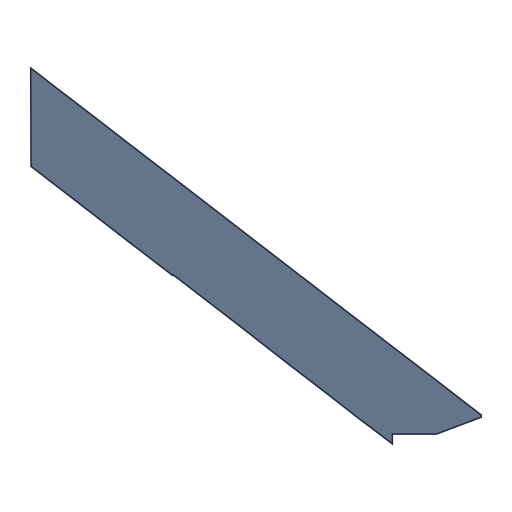 outline of Chacabuco, Chaco, Argentina
{"feature_id": "61730980B10302759212435", "entity_name": "Chacabuco", "entity_type": "district", "adm_level": 2, "iso_a3": "ARG", "parent_name": "Argentina", "parent_adm1": "Chaco", "projection": "albers", "projection_center": [-61.358, -27.089], "detail": "fine", "context": "isolated", "style": "filled", "palette": "slate", "viewbox_px": 512, "rotation_deg": 0, "n_neighbors": 0, "source": "geoboundaries", "source_scale": "gbopen_adm2", "svg_char_len": 946}
<svg xmlns="http://www.w3.org/2000/svg" viewBox="0 0 512 512"><path d="M30.8,96.6L31.0,166.4L33.2,168.1L41.5,174.4L48.1,179.6L57.2,186.5L60.8,189.3L85.5,208.4L90.6,212.3L98.8,218.7L131.6,244.1L135.7,247.1L146.6,255.5L172.6,275.5L173.1,274.8L193.4,290.4L197.4,293.5L231.2,319.5L253.1,336.5L254.2,337.4L255.7,338.6L292.0,366.9L294.9,369.1L298.9,372.2L321.0,389.1L352.0,413.2L356.0,416.4L360.0,419.4L388.8,441.2L392.4,444.0L392.4,438.1L392.3,434.1L436.3,434.1L481.3,417.2L481.3,415.0L475.9,410.9L438.9,382.3L421.5,368.9L386.5,342.1L382.5,339.0L378.4,335.8L344.0,309.4L341.9,307.7L338.0,304.8L303.7,278.2L300.9,276.2L267.4,250.3L264.5,248.1L260.3,244.9L256.4,241.9L219.8,213.6L182.8,185.1L180.0,182.9L178.8,182.0L146.1,156.9L137.8,150.5L129.7,144.3L97.0,119.0L64.0,93.7L55.7,87.4L52.1,84.6L48.9,82.1L46.0,79.8L43.8,78.1L30.7,68.0L30.7,77.8L30.8,83.3L30.8,83.9L30.8,86.2L30.8,91.9L30.8,96.6Z" fill="#64748b" stroke="#1e293b" stroke-width="1.5"/></svg>